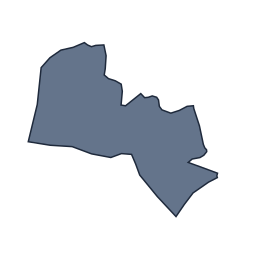 outline of Zərdab, rotated 193°
{"feature_id": "AZE-1721", "entity_name": "Zərdab", "entity_type": "District", "adm_level": 1, "iso_a3": "AZE", "parent_name": "Azerbaijan", "parent_adm1": "", "projection": "equal_earth", "projection_center": [47.672, 40.244], "detail": "fine", "context": "isolated", "style": "filled", "palette": "slate", "viewbox_px": 256, "rotation_deg": 193, "n_neighbors": 0, "source": "natural_earth", "source_scale": "10m", "svg_char_len": 877}
<svg xmlns="http://www.w3.org/2000/svg" viewBox="0 0 256 256"><g transform="rotate(193 128 128)"><path d="M222.1,92.2L221.7,130.5L226.2,167.3L219.8,179.0L210.9,188.8L199.5,194.3L189.7,201.4L186.1,199.8L181.9,199.0L178.1,201.2L170.2,203.5L166.1,194.6L165.6,193.5L163.5,180.6L163.1,174.3L158.1,171.7L152.6,171.3L150.9,171.1L144.5,169.2L141.8,162.5L139.9,148.8L135.4,149.1L123.3,164.4L118.6,161.3L115.1,162.5L111.6,164.7L107.0,164.4L104.6,162.2L102.3,156.1L99.0,153.3L89.6,152.1L81.9,156.7L75.3,162.4L69.3,164.4L68.3,161.8L58.9,146.2L50.9,129.0L48.7,125.9L46.6,124.5L46.0,122.8L46.0,122.6L48.0,118.5L51.2,115.4L58.5,112.2L61.6,108.0L30.6,104.1L30.7,101.3L29.8,99.8L37.4,93.3L50.0,79.4L55.9,66.3L61.3,52.5L84.0,67.8L106.0,84.8L112.4,94.6L118.6,103.1L128.6,101.6L138.1,95.4L157.7,94.6L178.2,97.3L199.9,93.7L222.1,92.2Z" fill="#64748b" stroke="#1e293b" stroke-width="1.5"/></g></svg>